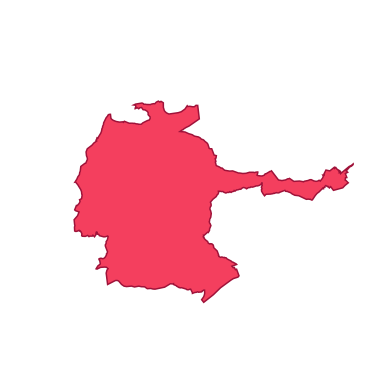 Nicolás Bravo, Puebla, Mexico, rotated 220°
{"feature_id": "50627088B2780893522991", "entity_name": "Nicolás Bravo", "entity_type": "district", "adm_level": 2, "iso_a3": "MEX", "parent_name": "Mexico", "parent_adm1": "Puebla", "projection": "natural_earth1", "projection_center": [-97.351, 18.613], "detail": "fine", "context": "isolated", "style": "filled", "palette": "rose", "viewbox_px": 384, "rotation_deg": 220, "n_neighbors": 0, "source": "geoboundaries", "source_scale": "gbopen_adm2", "svg_char_len": 6048}
<svg xmlns="http://www.w3.org/2000/svg" viewBox="0 0 384 384"><g transform="rotate(220 192 192)"><path d="M113.9,254.9L111.1,255.6L107.8,257.8L99.7,259.9L98.3,261.4L97.4,261.8L96.8,262.5L95.4,262.6L94.7,263.3L95.3,268.5L95.3,271.3L94.7,273.8L94.4,278.0L93.4,279.0L94.3,279.6L93.2,280.9L93.8,281.6L93.6,283.0L91.6,283.2L91.5,283.7L89.4,283.4L89.2,285.2L84.7,284.2L79.2,292.1L79.0,295.4L78.2,299.5L81.5,299.8L82.3,299.6L83.6,301.6L82.7,302.6L86.4,304.7L85.4,307.2L87.4,307.3L87.3,312.5L86.5,314.3L86.2,315.8L86.3,316.8L86.6,317.1L87.0,314.8L88.0,312.6L90.0,301.6L90.6,302.1L91.5,301.5L91.3,303.7L91.8,302.2L93.2,302.4L93.0,303.1L95.6,302.7L97.7,303.2L98.0,301.7L98.9,302.3L100.0,296.8L103.5,294.9L102.5,290.7L102.2,290.8L101.5,289.6L102.6,289.0L101.9,288.7L101.3,287.9L100.9,286.5L100.8,282.8L102.2,282.7L102.7,281.2L103.8,279.9L105.8,278.8L108.6,278.1L109.5,277.3L110.5,275.4L112.9,272.4L113.0,271.6L116.7,269.5L120.8,265.6L126.1,265.1L126.3,264.5L127.3,263.4L128.0,261.5L130.5,258.5L133.5,256.8L144.7,259.3L144.8,258.7L145.5,257.9L147.0,253.6L147.6,253.0L147.5,251.3L148.6,249.3L150.2,248.1L152.4,246.8L153.0,246.7L154.0,249.1L154.5,249.6L155.6,248.5L156.8,246.9L157.6,246.6L160.7,244.0L162.6,241.1L165.0,238.8L167.8,237.1L168.4,236.5L174.4,234.3L176.6,232.2L181.0,229.6L184.4,229.7L185.2,229.0L187.1,228.8L190.4,227.8L193.4,230.0L193.3,230.7L195.7,232.5L195.4,233.4L196.7,235.5L198.8,234.5L204.7,237.8L205.9,236.8L206.9,236.5L210.5,238.8L211.9,239.2L214.8,239.1L216.0,239.3L217.3,239.2L218.7,238.5L220.6,238.7L222.5,238.3L226.0,236.4L228.8,236.0L231.9,234.6L235.9,233.5L240.1,230.6L239.3,233.6L238.9,233.9L238.9,234.9L238.0,237.7L236.7,240.5L233.4,252.7L243.3,262.0L243.9,261.4L244.6,261.1L245.0,258.9L246.0,257.9L248.7,256.3L250.2,254.8L251.1,255.0L250.7,251.0L251.8,246.6L253.6,243.8L259.8,236.9L262.4,236.2L264.5,236.3L265.6,236.6L268.3,238.4L271.3,241.9L273.8,241.6L274.1,241.4L274.5,240.2L276.2,240.0L277.1,237.9L277.2,235.7L278.1,235.1L279.7,233.1L280.0,232.3L283.0,229.9L284.4,229.1L285.3,228.2L286.2,228.4L287.5,228.0L291.7,223.1L292.6,221.2L291.3,222.0L290.7,222.0L289.9,221.3L289.4,219.6L289.1,219.3L288.2,221.3L286.3,221.5L286.1,223.0L285.0,224.3L282.4,223.6L280.6,224.7L278.3,225.0L276.7,224.7L275.3,223.0L272.4,222.6L271.4,221.6L271.0,219.8L272.2,217.8L274.1,213.4L274.4,211.3L276.6,209.4L277.2,209.4L277.9,208.7L280.6,207.4L280.8,207.0L282.0,206.3L284.3,204.3L289.3,202.7L289.2,200.7L289.7,201.7L292.5,198.9L295.6,197.2L298.3,196.3L300.1,196.1L301.4,196.3L304.4,199.1L305.4,198.2L305.8,196.9L305.5,196.1L305.5,193.7L304.1,188.1L303.1,186.7L302.7,184.9L301.9,183.8L301.8,182.9L300.3,180.2L299.7,178.4L299.0,173.7L298.7,172.8L299.6,172.5L299.2,171.6L298.9,171.8L298.9,170.4L298.7,169.8L297.8,169.8L298.7,166.3L298.7,163.6L300.0,157.8L298.9,154.6L296.1,151.9L294.9,151.3L293.2,150.0L291.9,145.7L292.5,145.0L293.6,140.1L290.9,136.0L290.6,134.8L289.4,132.9L289.2,130.2L288.5,127.9L288.0,124.4L287.7,124.8L284.1,124.1L279.0,122.4L276.8,121.2L275.1,119.5L274.3,119.2L272.3,115.9L273.2,113.8L271.8,113.0L271.1,110.9L271.2,107.8L271.9,107.4L270.4,102.9L269.3,102.8L265.7,104.1L264.4,100.2L264.5,95.0L261.1,91.7L260.0,90.9L259.5,89.6L256.8,86.7L255.8,87.0L254.9,87.9L254.1,89.7L253.6,90.2L253.1,90.3L253.0,89.8L251.8,90.2L249.6,89.3L248.4,87.6L247.6,87.6L245.2,89.4L244.0,91.7L242.2,91.6L241.9,92.5L240.0,94.1L240.1,95.2L237.9,95.0L238.1,97.2L239.2,99.0L239.5,99.9L238.8,100.2L237.7,99.3L237.5,98.8L236.2,99.6L234.9,99.0L230.8,100.9L229.7,101.9L228.3,104.1L227.6,104.0L226.1,100.9L225.9,98.8L224.8,97.6L224.4,95.7L223.5,94.8L218.3,91.9L217.7,90.5L217.7,89.4L217.3,89.2L217.0,88.7L216.6,86.0L216.8,84.7L217.4,83.6L219.3,82.7L219.5,81.9L220.1,81.6L220.3,81.1L219.9,80.5L218.4,80.0L216.2,78.2L216.0,77.7L216.6,74.8L216.1,71.5L215.2,71.9L213.6,75.5L210.6,78.4L209.1,79.4L207.0,79.3L206.9,77.4L205.6,74.7L197.2,66.9L193.8,74.9L192.7,76.0L191.4,76.6L190.4,76.6L186.6,75.9L183.5,76.2L181.3,77.5L177.9,81.0L175.0,82.3L172.2,85.7L169.9,86.9L167.4,88.9L164.1,89.2L161.6,91.6L159.5,92.6L157.8,93.9L151.8,101.5L149.6,107.8L147.5,109.3L147.2,109.9L146.6,109.3L146.3,109.4L143.5,110.2L143.2,110.0L140.4,110.5L140.2,110.8L139.4,111.0L138.5,112.0L134.3,113.8L132.9,114.0L131.7,115.0L131.5,115.7L130.6,116.7L127.1,115.2L126.5,114.6L125.3,116.8L124.3,117.8L123.5,119.2L122.6,119.4L120.4,121.7L120.3,122.7L120.5,122.8L120.0,124.3L119.3,124.9L117.2,122.6L116.3,120.9L115.7,119.2L115.4,115.7L112.1,115.0L109.6,127.1L108.6,137.0L105.5,149.7L104.6,152.4L102.1,156.3L102.1,158.0L108.2,161.5L108.8,160.4L111.1,161.4L111.7,160.5L113.8,160.8L111.2,165.2L111.8,165.3L115.5,164.6L116.2,164.2L117.4,164.3L122.1,163.3L123.7,163.5L124.6,162.8L125.0,162.8L125.1,162.4L127.4,161.4L128.1,160.3L130.1,159.9L130.5,160.4L131.0,160.5L131.0,160.8L134.8,163.0L139.2,163.3L140.2,163.7L140.5,164.3L142.0,165.1L142.7,164.9L143.3,165.1L144.5,164.4L144.8,163.7L145.1,163.8L146.4,163.2L148.4,164.2L149.4,164.0L151.7,164.1L152.7,164.3L153.1,164.7L153.6,164.5L154.6,164.9L154.6,165.9L155.4,166.3L154.8,166.9L154.2,171.2L153.5,171.4L153.9,173.8L154.8,175.0L155.9,178.4L158.0,179.5L158.6,179.5L159.8,180.5L159.8,180.9L160.9,182.5L161.4,184.7L163.4,187.9L165.5,189.5L167.4,190.4L168.3,192.1L168.4,193.4L168.9,194.3L170.4,195.6L171.4,196.0L171.3,200.1L170.5,204.0L170.9,206.1L170.7,206.9L171.2,208.7L172.3,209.5L171.3,210.4L169.5,211.4L168.6,212.3L167.3,212.3L165.4,213.0L164.6,214.5L163.4,215.4L163.3,216.5L161.8,216.8L161.5,217.9L160.3,219.6L160.6,220.3L159.5,220.6L159.2,222.3L158.3,223.1L157.1,225.0L156.4,225.4L156.0,227.7L155.3,228.7L153.1,229.6L152.4,229.4L152.2,229.6L151.6,231.6L150.4,232.7L150.3,233.5L148.6,234.8L147.0,237.4L146.9,237.8L145.7,238.8L144.7,240.3L144.1,242.0L144.4,244.6L144.0,243.5L143.7,243.5L143.0,242.3L142.4,242.1L142.2,240.9L141.8,240.1L140.8,239.8L140.4,239.2L140.5,238.7L139.3,237.4L136.8,236.4L134.0,235.7L133.8,237.9L130.6,240.8L128.8,242.9L128.7,243.4L127.8,244.1L127.7,244.6L126.8,245.9L126.4,245.9L124.9,247.2L124.6,248.2L121.9,253.0L120.7,252.7L119.1,253.9L118.5,253.9L116.2,254.8L113.9,254.9Z" fill="#f43f5e" stroke="#9f1239" stroke-width="1.5"/></g></svg>